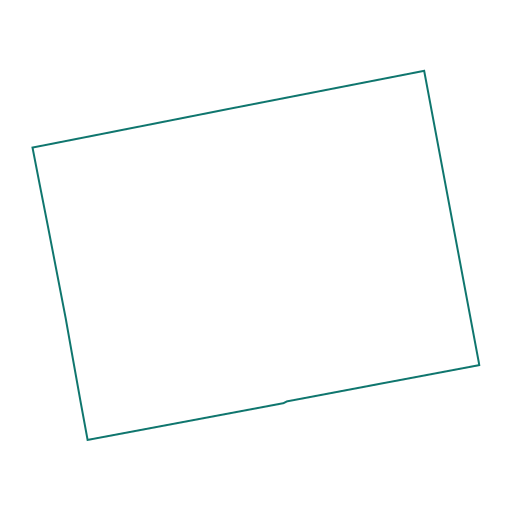 Brown, South Dakota, United States of America, rotated 259°
{"feature_id": "52423323B36671572190514", "entity_name": "Brown", "entity_type": "district", "adm_level": 2, "iso_a3": "USA", "parent_name": "United States of America", "parent_adm1": "South Dakota", "projection": "albers", "projection_center": [-98.311, 45.59], "detail": "fine", "context": "isolated", "style": "outline", "palette": "teal", "viewbox_px": 512, "rotation_deg": 259, "n_neighbors": 0, "source": "geoboundaries", "source_scale": "gbopen_adm2", "svg_char_len": 384}
<svg xmlns="http://www.w3.org/2000/svg" viewBox="0 0 512 512"><g transform="rotate(259 256 256)"><path d="M405.6,256.7L405.3,156.8L405.1,57.3L401.9,57.3L393.4,57.3L368.5,57.3L323.0,57.4L322.6,57.4L231.2,57.3L194.3,56.7L147.1,56.0L107.6,55.6L106.3,254.9L107.4,258.7L106.9,354.6L106.3,454.3L108.2,454.4L405.7,456.4L405.6,256.7Z" fill="none" stroke="#0f766e" stroke-width="2"/></g></svg>